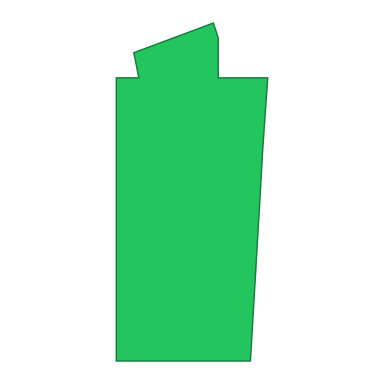 Roxby Downs, South Australia, Australia
{"feature_id": "25037944B85106510810268", "entity_name": "Roxby Downs", "entity_type": "district", "adm_level": 2, "iso_a3": "AUS", "parent_name": "Australia", "parent_adm1": "South Australia", "projection": "natural_earth1", "projection_center": [136.886, -30.549], "detail": "fine", "context": "isolated", "style": "filled", "palette": "green", "viewbox_px": 384, "rotation_deg": 0, "n_neighbors": 0, "source": "geoboundaries", "source_scale": "gbopen_adm2", "svg_char_len": 325}
<svg xmlns="http://www.w3.org/2000/svg" viewBox="0 0 384 384"><path d="M267.7,77.9L218.2,77.9L218.2,37.7L213.3,23.0L194.7,30.0L178.9,35.9L133.8,52.7L136.2,64.4L138.8,77.9L116.3,77.9L116.3,236.3L116.3,361.0L250.4,361.0L255.7,271.0L260.7,185.7L262.5,152.5L267.7,77.9Z" fill="#22c55e" stroke="#15803d" stroke-width="1.5"/></svg>